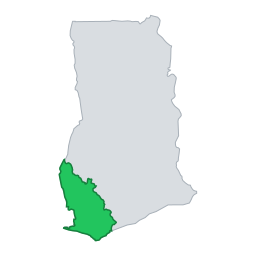 Ghana, with Western highlighted
{"feature_id": "GHA-2162", "entity_name": "Western", "entity_type": "Region", "adm_level": 1, "iso_a3": "GHA", "parent_name": "Ghana", "parent_adm1": "", "projection": "robinson", "projection_center": [-2.27, 5.896], "detail": "fine", "context": "in_parent", "style": "filled", "palette": "green", "viewbox_px": 256, "rotation_deg": 0, "n_neighbors": 0, "source": "natural_earth", "source_scale": "10m", "svg_char_len": 6865}
<svg xmlns="http://www.w3.org/2000/svg" viewBox="0 0 256 256"><path d="M157.7,17.2L159.6,19.3L160.1,20.5L159.4,25.0L157.9,28.2L157.0,31.2L157.2,32.7L158.0,34.1L161.0,36.5L162.6,38.0L164.4,40.3L166.5,42.6L170.1,45.5L171.6,46.0L171.5,46.8L171.0,48.0L170.7,58.9L170.4,61.7L170.2,63.1L169.9,67.2L169.5,67.8L168.8,67.7L168.2,67.9L168.0,68.7L168.3,69.5L170.4,70.1L170.0,70.7L168.4,71.3L167.6,72.5L168.0,73.9L167.1,75.0L167.3,75.8L167.9,76.4L168.8,76.2L171.3,74.3L172.4,74.1L173.7,74.5L176.1,77.3L176.2,78.7L175.2,83.5L174.3,87.2L174.1,92.2L175.1,95.0L175.0,96.5L173.9,97.8L171.4,99.7L171.6,101.0L172.7,103.4L174.8,106.2L178.9,109.5L181.1,113.9L181.2,115.7L179.9,117.4L178.4,119.0L178.0,121.2L178.6,135.8L175.4,142.2L175.4,144.0L175.7,146.1L176.6,147.4L178.2,147.7L179.6,149.0L179.1,153.4L178.4,158.0L178.3,160.2L177.9,161.2L176.6,162.1L176.2,163.5L176.5,165.3L176.2,166.6L176.9,168.3L178.4,170.4L180.8,175.6L181.7,176.0L182.1,177.1L181.9,178.2L182.8,180.5L185.4,182.9L188.2,184.9L190.4,185.2L191.0,187.0L192.5,189.3L193.5,190.3L195.2,191.0L196.6,191.3L196.7,193.3L194.2,194.6L192.5,196.6L191.2,199.7L189.4,203.0L183.2,204.8L180.8,204.8L168.1,204.9L156.2,211.5L149.3,213.9L145.1,217.6L139.4,220.3L135.4,223.5L127.2,225.0L113.7,230.1L109.5,232.1L105.2,235.6L98.2,239.8L95.5,239.7L90.0,235.8L85.9,233.9L75.9,230.9L68.5,229.8L64.8,228.5L63.8,228.3L64.7,226.9L66.8,226.8L69.0,227.3L70.6,226.2L73.1,226.1L73.7,225.0L73.9,222.2L73.9,219.9L74.7,218.9L74.9,216.3L73.8,210.4L72.9,209.7L68.5,208.9L68.2,207.7L67.4,206.5L66.6,203.5L65.7,199.0L64.1,193.4L61.2,184.2L60.5,180.9L60.0,177.6L59.9,173.7L60.5,172.2L60.4,170.1L60.1,168.1L62.2,163.4L66.2,157.7L67.1,155.6L67.8,154.2L67.9,152.1L68.7,145.4L70.6,137.4L71.8,134.3L72.7,132.7L73.6,130.0L73.9,128.7L77.6,125.5L79.3,124.7L79.7,123.4L79.1,122.1L79.4,121.1L80.3,120.7L81.7,120.3L82.7,119.0L81.1,109.0L79.8,99.1L79.7,98.3L79.0,96.9L78.2,92.8L77.0,90.4L75.2,89.7L75.2,87.4L77.0,83.6L77.5,81.4L76.6,80.7L76.5,79.0L77.1,76.2L76.8,74.4L76.5,72.6L74.7,68.2L74.2,65.1L75.1,63.3L75.1,59.4L74.1,53.3L74.0,49.5L74.6,47.9L74.3,46.4L73.0,44.9L72.9,43.5L74.0,42.2L73.9,41.1L72.5,40.3L71.2,38.4L70.1,35.5L70.3,30.7L72.4,22.0L72.7,21.3L75.1,21.3L75.1,21.7L82.6,21.6L91.1,21.5L101.3,21.4L110.6,21.3L111.0,20.9L112.5,20.4L121.9,21.3L127.7,20.9L130.2,21.1L132.0,21.7L136.0,21.4L138.2,21.6L139.8,23.8L140.5,23.8L141.4,22.8L143.0,21.8L144.7,20.9L145.8,19.2L146.5,17.9L147.6,18.2L149.1,18.1L150.2,17.0L150.6,15.4L157.7,17.2Z" fill="#d9dde1" stroke="#a8b0b8" stroke-width="1"/><path d="M62.1,187.6L61.7,187.1L59.3,174.8L59.3,174.2L59.6,173.8L60.1,173.5L60.3,173.2L60.9,171.3L60.8,171.1L60.4,170.2L60.0,169.6L59.9,169.2L59.9,168.0L60.5,166.6L64.0,159.7L64.4,159.5L64.7,161.4L65.0,162.1L65.3,162.8L65.5,163.1L65.8,163.3L66.1,163.5L66.5,163.6L66.9,163.5L68.0,163.0L68.4,162.9L68.7,163.0L69.2,163.2L70.1,163.8L70.6,164.2L70.9,164.7L71.6,166.2L71.8,166.9L72.3,168.1L72.3,168.4L72.3,169.0L72.4,169.4L72.5,169.5L72.6,169.9L72.6,170.1L72.5,170.3L72.3,170.9L72.2,171.1L72.2,171.4L72.3,171.6L72.3,172.0L72.5,172.6L72.6,172.9L72.6,173.2L72.6,173.4L72.7,173.6L72.8,173.7L73.0,173.8L73.8,174.1L74.1,174.2L75.3,175.3L75.5,175.4L75.8,175.4L76.2,175.5L77.4,175.3L77.6,175.4L77.9,175.5L78.3,175.7L78.5,175.9L78.6,176.1L78.8,176.8L78.9,177.1L79.1,177.4L79.2,177.5L79.4,177.7L79.5,177.7L80.1,177.9L80.5,178.1L80.7,178.3L80.8,178.4L82.2,181.7L82.3,181.9L82.5,181.9L82.7,182.0L83.5,182.0L83.9,182.1L84.2,182.3L84.6,182.7L84.9,182.8L85.1,182.8L85.0,183.7L85.1,183.8L85.3,183.9L85.5,183.9L85.8,183.9L86.0,183.9L86.4,183.7L86.5,183.6L86.9,183.2L87.0,183.0L87.2,182.7L87.3,182.3L87.4,181.9L87.7,179.5L87.8,179.2L87.9,178.8L88.1,178.6L88.3,178.5L88.6,178.6L88.9,178.7L89.8,179.4L90.0,179.4L90.3,179.4L90.9,179.2L91.2,179.1L91.4,179.2L91.6,179.3L91.7,179.6L91.7,179.9L91.7,180.0L91.1,182.0L91.1,182.5L91.2,182.8L91.2,183.0L91.5,183.2L93.8,183.8L94.1,183.9L94.2,184.0L94.4,184.5L94.5,184.7L94.6,185.2L94.7,185.4L94.8,185.6L95.0,185.9L95.1,186.0L95.4,186.0L96.1,186.0L95.9,186.5L95.7,186.8L95.2,187.4L94.8,187.7L94.0,188.0L93.5,188.4L93.2,188.6L93.1,188.8L93.0,189.0L93.0,189.4L93.0,189.8L93.0,190.3L93.1,190.5L93.1,190.8L93.4,191.2L93.5,191.4L94.4,192.1L94.9,192.3L95.2,192.4L95.3,192.5L96.0,192.7L96.2,192.9L96.5,193.3L96.6,193.5L97.0,194.4L97.1,194.6L97.3,194.8L98.3,195.2L98.7,195.5L98.9,195.6L99.0,195.7L99.6,196.4L101.0,198.7L101.1,198.8L101.7,199.4L101.9,199.5L102.0,199.5L102.7,199.7L102.9,199.8L103.1,200.0L103.3,200.3L103.7,201.0L103.9,201.3L104.0,201.6L104.0,201.8L103.8,202.5L103.8,203.0L103.8,203.4L103.9,203.6L104.0,203.7L104.4,203.9L104.6,204.2L104.7,204.4L104.7,204.5L104.4,204.9L104.3,205.1L104.2,205.2L104.2,205.4L104.1,205.6L104.2,206.3L104.1,206.7L104.0,207.4L103.8,208.0L103.7,208.3L103.7,208.7L103.9,209.4L104.0,209.7L104.1,209.9L104.3,209.9L104.5,209.9L105.5,209.4L105.8,209.3L106.2,209.3L106.4,209.3L106.5,209.3L106.8,209.5L107.2,209.8L107.4,209.9L107.5,209.9L107.7,210.0L108.4,210.0L108.8,210.1L109.1,210.2L109.4,210.3L110.0,210.7L110.4,211.1L110.8,211.6L111.1,212.1L111.1,212.4L111.1,212.5L111.0,212.8L110.9,213.0L110.7,213.0L110.4,213.2L110.4,213.3L110.3,213.5L110.2,213.8L110.1,214.2L110.1,214.4L110.1,214.6L110.2,215.1L110.4,215.7L110.9,216.3L111.0,216.5L111.3,216.7L111.6,216.8L111.8,216.9L112.0,217.1L112.2,217.4L112.4,217.6L112.5,217.8L112.7,218.6L112.8,218.9L112.9,219.1L113.3,219.6L114.3,220.6L115.5,221.5L116.1,222.1L116.2,222.4L116.2,222.6L115.1,223.5L114.7,224.1L114.5,224.3L114.4,224.4L114.2,224.4L114.1,224.5L113.9,224.5L113.5,224.5L113.3,224.5L113.0,224.6L112.9,224.7L112.7,224.8L112.5,225.0L112.3,225.2L111.7,226.5L111.6,226.9L111.5,227.2L111.3,228.1L111.3,228.5L111.6,230.7L111.6,230.8L111.1,230.5L110.6,230.5L110.1,230.6L109.7,231.0L109.6,231.3L109.9,231.8L109.8,232.1L109.6,232.3L109.5,232.5L107.3,233.6L107.0,234.0L106.1,235.1L106.0,235.3L106.1,235.6L105.8,235.8L105.5,235.8L103.4,236.5L101.0,237.7L100.5,238.2L99.8,239.4L99.3,239.9L98.9,240.1L96.7,240.4L96.3,240.6L95.5,240.6L95.3,240.6L95.1,240.4L95.0,240.0L95.0,239.6L94.9,239.3L94.5,239.2L94.3,239.1L93.8,239.0L93.5,238.9L93.2,238.4L91.9,237.2L91.2,236.9L91.0,236.7L90.8,236.4L90.8,236.1L90.6,235.9L90.5,235.7L87.3,234.2L82.0,233.0L76.9,231.1L72.9,230.7L68.5,229.8L64.2,228.4L63.7,228.2L63.8,227.7L64.0,227.6L64.3,227.5L64.7,227.4L66.9,227.4L67.5,227.6L67.7,227.8L68.1,228.5L68.3,228.6L68.7,228.5L69.3,228.2L69.6,228.1L69.6,227.2L70.4,226.7L71.5,226.5L72.2,226.2L73.4,226.3L74.1,226.1L74.6,225.8L74.9,225.1L74.7,224.9L74.3,224.5L74.2,224.4L74.2,224.1L74.3,223.3L74.3,223.0L74.2,222.6L73.8,221.9L73.7,221.4L73.9,219.3L74.9,219.5L75.3,219.4L75.6,219.0L75.7,218.4L75.6,217.7L74.7,215.5L74.2,213.0L74.1,211.1L74.0,210.6L73.8,210.1L73.4,209.8L71.2,209.1L70.7,209.3L69.7,210.0L69.1,210.1L68.3,209.7L68.2,208.8L68.5,206.6L66.5,206.8L66.8,202.8L66.7,201.5L66.3,200.2L65.1,197.8L64.7,196.5L63.7,190.7L63.1,188.7L62.2,187.8L62.1,187.6Z" fill="#22c55e" stroke="#15803d" stroke-width="1.5"/></svg>